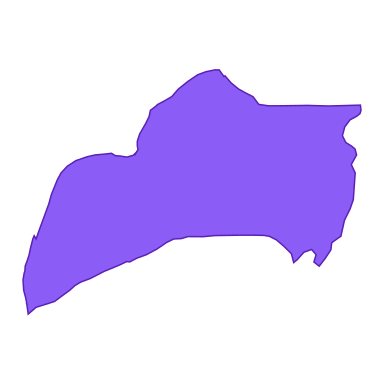 Sarbo, River Gee, Liberia (Natural Earth projection)
{"feature_id": "62588387B52564280766994", "entity_name": "Sarbo", "entity_type": "district", "adm_level": 2, "iso_a3": "LBR", "parent_name": "Liberia", "parent_adm1": "River Gee", "projection": "natural_earth1", "projection_center": [-7.656, 5.164], "detail": "fine", "context": "isolated", "style": "filled", "palette": "violet", "viewbox_px": 384, "rotation_deg": 0, "n_neighbors": 0, "source": "geoboundaries", "source_scale": "gbopen_adm2", "svg_char_len": 1573}
<svg xmlns="http://www.w3.org/2000/svg" viewBox="0 0 384 384"><path d="M157.4,104.6L156.0,106.1L150.4,110.3L149.1,116.5L146.0,122.9L139.6,134.1L137.3,141.3L137.3,145.9L138.0,149.5L134.6,155.3L134.8,153.8L133.4,155.2L126.9,157.1L120.0,156.0L115.4,155.7L111.5,153.3L104.6,154.1L95.3,154.9L87.3,156.7L75.9,160.6L67.3,166.2L61.0,173.0L57.2,180.1L51.4,194.5L48.8,203.9L44.0,217.0L39.6,229.0L36.1,238.9L34.2,235.7L32.9,238.7L30.6,247.6L29.0,255.3L27.3,260.4L25.2,266.0L24.9,271.0L24.2,272.9L23.0,280.0L23.7,290.3L25.6,297.6L26.6,302.6L26.5,303.2L27.0,305.4L28.2,314.1L36.1,307.3L54.5,301.5L62.8,295.3L69.8,290.2L75.0,285.5L80.7,282.1L90.3,278.5L104.5,271.2L108.3,269.7L120.0,264.8L126.6,261.6L129.9,261.9L130.9,261.3L136.8,258.2L146.4,254.7L157.0,249.0L166.4,242.6L167.2,242.2L173.7,239.0L181.3,238.6L188.1,236.6L202.9,236.7L214.7,235.6L238.9,235.2L247.5,235.2L253.3,235.2L263.8,235.4L269.3,236.3L276.3,239.8L283.6,246.0L291.4,253.7L293.7,262.6L297.3,259.6L300.8,255.7L304.0,252.2L311.6,249.5L316.1,254.7L313.9,262.0L319.2,266.2L325.1,258.6L330.9,249.8L331.7,242.8L334.8,240.5L340.9,236.2L344.5,220.2L350.1,208.9L353.3,199.7L355.2,172.9L351.3,164.5L356.6,155.0L355.1,149.1L351.7,146.2L345.8,142.5L342.4,135.7L344.8,126.8L350.1,119.8L356.8,116.2L360.0,113.6L361.0,110.4L360.4,105.1L328.5,106.0L307.8,105.4L279.7,105.8L268.4,105.8L258.8,104.4L253.0,96.7L245.0,92.6L238.7,89.1L235.7,86.7L231.0,82.8L225.0,75.8L224.0,76.6L219.2,69.9L214.8,69.9L206.0,71.7L197.8,74.7L188.3,81.1L178.3,89.1L171.9,96.5L164.6,100.8L157.4,104.6Z" fill="#8b5cf6" stroke="#5b21b6" stroke-width="1.5"/></svg>